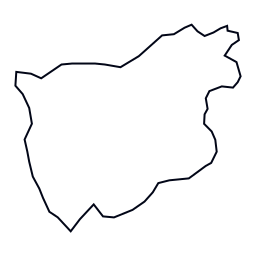 Geri, Nicosia, Cyprus
{"feature_id": "46923920B78801586806598", "entity_name": "Geri", "entity_type": "district", "adm_level": 2, "iso_a3": "CYP", "parent_name": "Cyprus", "parent_adm1": "Nicosia", "projection": "albers", "projection_center": [33.437, 35.104], "detail": "fine", "context": "isolated", "style": "outline", "palette": "ink", "viewbox_px": 256, "rotation_deg": 0, "n_neighbors": 0, "source": "geoboundaries", "source_scale": "gbopen_adm2", "svg_char_len": 817}
<svg xmlns="http://www.w3.org/2000/svg" viewBox="0 0 256 256"><path d="M227.1,25.9L220.6,28.3L213.5,32.5L204.6,36.0L197.5,31.3L191.6,24.7L184.6,27.7L173.9,34.2L162.1,35.4L138.9,56.1L120.5,67.2L104.8,64.5L94.7,63.5L72.5,63.5L61.5,64.5L41.2,78.3L31.0,73.7L16.3,71.9L15.4,85.7L22.7,94.1L29.2,108.0L31.9,123.7L24.6,139.5L27.3,151.5L29.2,161.7L32.8,176.6L39.3,188.6L43.0,197.9L49.4,211.8L57.7,217.3L70.7,231.3L79.9,219.2L93.7,204.4L103.0,216.4L114.0,217.4L132.5,209.9L144.5,201.6L152.8,192.3L158.3,183.1L169.4,180.3L188.8,178.4L205.8,165.9L211.2,162.9L216.7,151.7L215.3,139.8L211.7,131.5L204.1,123.8L204.6,114.3L207.6,108.9L205.8,98.3L209.4,91.1L221.8,86.4L233.0,87.6L237.7,82.2L240.6,76.3L236.5,62.1L224.7,55.6L231.8,44.9L238.9,40.1L237.7,33.0L227.6,30.7L227.1,25.9Z" fill="none" stroke="#020617" stroke-width="2"/></svg>